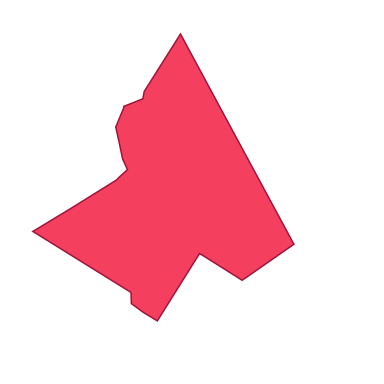 Tibesti Est, Borkou, Chad, rotated 32°
{"feature_id": "50815135B39039287340708", "entity_name": "Tibesti Est", "entity_type": "district", "adm_level": 2, "iso_a3": "TCD", "parent_name": "Chad", "parent_adm1": "Borkou", "projection": "robinson", "projection_center": [18.315, 20.82], "detail": "fine", "context": "isolated", "style": "filled", "palette": "rose", "viewbox_px": 384, "rotation_deg": 32, "n_neighbors": 0, "source": "geoboundaries", "source_scale": "gbopen_adm2", "svg_char_len": 509}
<svg xmlns="http://www.w3.org/2000/svg" viewBox="0 0 384 384"><g transform="rotate(32 192 192)"><path d="M306.1,182.3L306.1,182.2L305.9,182.2L214.3,130.1L203.4,123.9L98.5,64.1L98.3,112.0L98.2,132.0L100.9,139.0L88.8,155.5L89.4,156.2L92.9,177.3L103.9,188.5L115.7,200.8L125.4,207.2L123.2,215.2L122.2,218.7L122.1,219.2L121.7,221.6L97.3,271.4L77.9,309.8L193.5,309.5L199.7,318.8L214.4,319.9L214.8,319.9L230.9,319.7L231.0,240.1L281.3,240.3L306.1,182.3Z" fill="#f43f5e" stroke="#9f1239" stroke-width="1.5"/></g></svg>